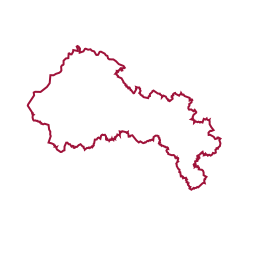 outline of Arteaga, Michoacán, Mexico, rotated 222°
{"feature_id": "50627088B17645051575060", "entity_name": "Arteaga", "entity_type": "district", "adm_level": 2, "iso_a3": "MEX", "parent_name": "Mexico", "parent_adm1": "Michoacán", "projection": "robinson", "projection_center": [-102.407, 18.388], "detail": "fine", "context": "isolated", "style": "outline", "palette": "rose", "viewbox_px": 256, "rotation_deg": 222, "n_neighbors": 0, "source": "geoboundaries", "source_scale": "gbopen_adm2", "svg_char_len": 5868}
<svg xmlns="http://www.w3.org/2000/svg" viewBox="0 0 256 256"><g transform="rotate(222 128 128)"><path d="M221.8,91.3L219.6,89.4L218.0,78.7L217.4,77.5L210.0,75.5L209.0,74.7L208.7,75.2L208.1,74.7L207.0,74.8L207.3,73.7L205.9,71.9L204.1,70.7L203.0,70.5L201.7,71.8L200.9,71.9L200.0,72.8L199.0,72.6L197.7,73.8L197.1,73.2L196.3,73.7L195.6,73.7L195.3,73.2L194.6,73.5L193.5,74.0L192.8,75.4L189.1,77.1L185.6,74.1L183.3,73.3L181.5,71.1L180.0,70.3L177.3,64.0L174.4,65.5L172.2,66.2L171.5,65.7L170.6,66.1L170.0,65.0L169.4,65.7L168.4,65.6L168.2,66.1L167.9,65.1L166.4,64.5L162.0,65.1L161.3,65.9L161.0,67.7L160.3,68.9L162.8,71.8L164.1,75.8L163.2,76.6L161.3,76.2L160.3,77.1L157.5,76.4L157.2,77.7L156.3,78.1L155.4,77.0L154.7,77.1L154.3,77.7L154.3,79.0L153.3,79.7L153.2,82.2L152.4,84.2L149.5,83.9L148.5,84.4L147.5,83.5L146.2,83.5L145.6,83.0L145.2,85.7L144.3,86.4L144.1,87.2L143.6,87.2L143.7,87.6L142.8,88.0L142.5,90.2L141.7,89.9L141.8,92.2L142.8,93.0L142.8,93.8L144.9,97.2L143.6,98.4L143.8,100.4L143.4,101.3L141.3,101.5L142.8,104.2L142.8,105.2L142.5,106.0L141.8,106.1L140.6,107.5L138.7,107.0L137.0,105.2L136.6,105.9L136.0,105.2L135.7,105.9L135.1,105.5L134.1,105.7L133.6,106.7L133.9,107.2L133.5,106.8L133.6,107.5L132.9,107.4L132.3,108.2L132.7,109.1L132.1,108.7L131.8,109.1L130.9,109.2L131.5,109.9L130.9,110.1L131.0,110.8L130.4,111.0L130.8,111.2L130.7,112.0L131.3,111.8L131.6,112.3L130.9,114.8L131.5,116.0L130.6,116.3L130.0,117.1L129.1,116.9L130.0,117.7L130.0,118.5L131.8,119.9L130.1,120.7L130.2,121.7L126.5,123.7L125.9,123.5L125.5,124.9L124.9,124.0L124.1,124.0L121.7,122.0L120.8,123.0L121.0,123.9L119.9,125.5L113.4,124.4L110.3,124.5L109.9,126.3L106.6,126.9L106.0,127.7L105.9,128.6L105.2,129.0L105.1,130.7L104.6,131.7L103.9,132.0L103.9,133.3L103.2,134.1L102.8,134.0L102.7,135.0L101.8,135.5L101.9,136.1L101.2,136.0L102.9,138.4L102.4,140.7L101.0,142.0L99.8,142.3L99.3,141.6L97.8,141.5L97.6,140.8L96.2,140.5L95.6,139.8L95.6,139.1L94.7,138.7L95.1,138.1L94.8,137.4L94.5,137.6L93.5,136.9L92.6,137.4L91.7,137.3L91.9,137.7L90.8,137.7L89.5,138.5L88.6,138.4L87.9,139.0L87.2,138.8L86.0,139.9L84.9,139.9L84.1,139.3L84.7,139.0L84.4,137.0L83.1,136.3L81.7,136.4L80.7,135.6L77.4,137.0L75.9,138.5L74.5,138.5L72.9,137.6L72.5,138.2L72.1,138.0L72.1,138.6L71.8,138.3L71.6,138.8L70.7,139.2L70.2,138.9L69.0,136.6L68.3,136.6L68.6,135.4L68.2,133.7L67.4,133.5L66.4,132.4L63.4,131.3L61.9,131.5L60.4,129.6L59.6,130.1L56.5,127.5L56.1,128.3L55.1,128.5L55.2,128.1L53.5,127.5L53.4,128.1L51.9,129.1L51.6,129.8L50.8,129.6L50.3,128.4L49.8,128.7L49.8,128.0L48.9,127.8L48.3,127.0L47.5,127.6L46.7,126.9L46.1,127.3L45.9,126.3L45.1,125.8L44.3,126.0L43.3,125.4L42.2,125.9L41.8,124.2L39.6,124.6L39.1,127.3L38.3,127.2L38.1,128.3L37.2,129.2L37.1,130.5L36.1,130.9L35.6,136.8L35.1,138.0L34.1,138.4L35.9,139.6L36.7,140.7L36.9,141.2L36.4,141.6L36.9,142.3L37.0,144.2L40.2,143.5L42.1,145.6L43.6,146.4L45.1,146.4L47.8,144.6L48.6,145.9L49.3,146.1L50.2,145.3L50.8,146.2L51.9,144.8L52.2,143.7L52.5,144.2L53.2,144.1L53.2,145.3L54.2,144.5L54.7,144.7L54.8,145.3L54.2,146.0L54.3,147.0L55.5,147.7L55.8,148.3L54.5,149.8L55.7,150.6L54.8,151.1L54.7,151.8L55.0,152.1L56.2,152.0L56.5,152.6L56.0,153.2L55.1,153.1L54.9,153.6L55.6,154.1L57.4,153.2L57.9,153.7L56.9,156.1L57.0,157.5L56.5,158.2L56.9,158.8L56.6,160.2L55.1,159.2L53.8,159.6L53.3,158.5L52.7,159.3L53.2,160.8L51.6,160.6L50.8,161.4L50.2,161.0L49.5,162.6L48.1,162.8L47.7,164.7L48.2,166.3L46.8,167.0L46.3,168.5L48.4,170.3L48.1,171.4L48.7,172.2L48.4,172.7L47.4,172.9L47.9,174.2L47.6,176.0L49.1,178.5L52.2,180.2L52.2,181.9L54.6,181.3L54.6,180.8L55.1,180.6L54.8,179.7L55.9,178.1L58.4,178.8L62.4,177.9L63.4,176.8L65.0,178.3L65.1,179.5L64.9,181.0L64.0,181.6L63.0,183.7L66.4,184.3L69.8,185.4L72.0,187.8L72.7,187.8L73.0,188.5L73.2,187.8L74.1,187.4L75.1,187.2L75.9,187.7L76.1,186.1L77.8,185.5L76.3,181.9L77.9,181.3L78.4,180.7L78.3,180.2L79.8,179.9L80.3,178.8L82.2,178.2L82.4,176.1L83.9,178.1L86.9,176.7L86.3,178.8L87.2,179.2L88.1,181.7L87.6,185.0L87.9,185.5L90.6,186.1L90.6,185.6L90.1,185.3L90.5,184.3L93.4,184.1L94.9,182.5L96.2,182.9L97.2,184.1L97.3,185.7L98.0,186.6L98.5,186.7L98.0,189.6L99.2,191.1L98.9,191.7L99.4,192.0L101.0,191.1L100.5,190.6L100.7,189.8L102.4,191.6L107.4,189.6L109.1,190.0L109.9,189.0L112.0,189.6L111.5,188.6L111.9,187.0L111.7,186.2L115.7,185.2L116.4,185.6L116.9,184.8L117.1,183.1L116.2,182.5L116.9,181.0L116.4,180.2L115.5,180.4L114.4,179.6L115.0,175.8L116.6,175.3L117.1,175.6L117.1,176.1L118.8,175.8L120.8,176.6L123.3,175.8L123.3,173.5L124.3,174.8L126.8,174.4L127.3,174.8L128.8,173.6L134.1,172.9L134.5,171.8L134.1,171.2L134.4,167.8L133.1,166.4L133.8,165.5L133.0,163.7L137.0,161.4L138.5,161.4L138.9,161.8L139.6,161.3L141.3,161.2L142.2,161.9L143.0,161.6L143.5,164.0L145.1,164.7L145.4,165.3L146.0,165.1L146.7,165.6L147.8,164.6L149.4,163.9L148.4,163.3L148.5,162.7L147.8,162.3L146.8,158.0L147.2,157.5L151.2,158.3L151.5,157.9L153.8,159.1L154.4,158.9L154.4,157.7L156.4,158.3L156.9,157.7L157.8,158.1L157.9,158.5L158.6,158.1L159.3,158.9L161.9,158.8L162.2,159.3L166.1,160.6L169.9,159.3L170.3,160.0L172.4,160.0L173.0,161.1L173.7,160.2L173.9,162.1L174.5,162.8L174.0,163.0L173.7,164.0L173.2,163.0L172.9,163.1L173.4,164.8L173.1,165.9L173.4,166.6L172.5,167.0L171.2,166.4L170.8,167.0L172.9,168.0L170.9,169.8L170.7,170.6L172.8,171.1L177.6,169.3L181.6,169.6L184.7,169.2L187.9,166.5L189.4,166.4L191.6,167.8L193.1,167.2L195.1,167.7L199.2,166.6L200.0,165.6L199.2,162.4L200.1,161.3L200.7,161.1L204.3,162.3L206.8,161.2L208.5,161.4L210.0,159.5L212.5,158.6L212.9,158.0L212.4,155.1L214.3,151.7L216.9,154.9L219.2,155.4L220.4,155.1L220.6,154.2L218.2,153.1L216.9,151.6L220.8,149.3L219.8,147.8L219.2,145.0L219.8,144.4L221.6,144.2L221.9,143.6L219.1,140.0L220.7,138.1L220.9,134.9L218.5,132.2L218.4,131.6L219.0,130.3L218.7,128.8L216.0,126.2L215.7,124.8L216.1,122.9L217.7,120.2L218.6,117.4L221.0,115.3L216.2,108.9L215.7,104.3L217.1,96.3L221.2,92.8L221.8,91.3Z" fill="none" stroke="#9f1239" stroke-width="2"/></g></svg>